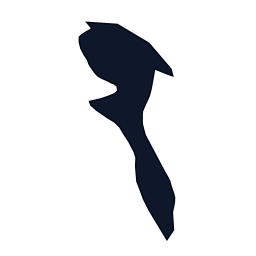 Cap Estate/Anse Du Cap, Gros Islet, Saint Lucia (Albers equal-area conic projection), rotated 16°
{"feature_id": "8701671B2095740790766", "entity_name": "Cap Estate/Anse Du Cap", "entity_type": "district", "adm_level": 2, "iso_a3": "LCA", "parent_name": "Saint Lucia", "parent_adm1": "Gros Islet", "projection": "albers", "projection_center": [-60.945, 14.102], "detail": "fine", "context": "isolated", "style": "filled", "palette": "ink", "viewbox_px": 256, "rotation_deg": 16, "n_neighbors": 0, "source": "geoboundaries", "source_scale": "gbopen_adm2", "svg_char_len": 1113}
<svg xmlns="http://www.w3.org/2000/svg" viewBox="0 0 256 256"><g transform="rotate(16 128 128)"><path d="M196.2,224.6L199.8,213.4L193.8,196.7L193.5,191.8L193.0,186.5L191.9,182.0L190.0,178.7L187.4,174.9L184.9,171.3L182.6,167.4L180.1,164.7L175.9,160.7L152.1,136.0L150.9,134.8L146.5,130.2L142.8,124.1L140.7,120.4L139.8,118.0L138.8,114.5L137.9,111.4L137.2,108.0L138.0,101.7L139.5,91.7L139.5,87.9L139.4,84.2L138.3,73.0L137.3,63.8L153.1,65.4L156.6,65.5L153.1,59.6L124.7,40.8L89.2,31.4L59.3,37.8L64.7,41.4L65.8,42.8L65.0,43.5L64.1,44.5L62.2,46.3L58.4,50.4L58.0,50.9L56.2,54.0L57.6,59.0L59.5,62.2L60.7,64.3L65.6,69.6L66.8,70.6L70.2,73.5L73.3,77.7L81.0,84.1L84.8,86.3L88.7,87.3L94.3,88.1L96.7,88.5L99.9,89.2L101.3,89.2L102.0,89.2L106.2,90.9L107.9,95.2L106.2,98.4L101.5,102.1L100.5,102.9L93.9,107.5L83.7,113.1L86.1,116.3L89.0,117.6L92.8,119.5L105.7,123.8L112.0,125.5L113.4,125.9L119.9,129.4L124.8,134.1L132.8,141.0L140.6,149.3L143.9,154.2L146.0,162.9L149.1,171.0L151.3,176.9L155.0,181.7L162.8,192.3L171.7,201.9L174.7,204.6L176.4,206.2L183.6,212.9L196.2,224.6Z" fill="#0f172a" stroke="#020617" stroke-width="1.5"/></g></svg>